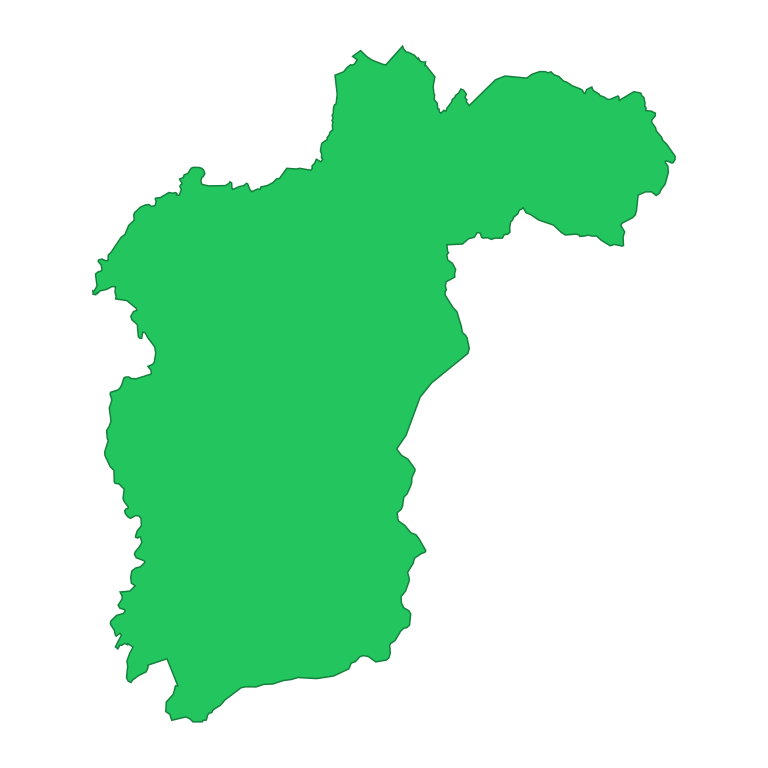 San Diego la Mesa Tochimiltzingo, Puebla, Mexico (Albers equal-area conic projection)
{"feature_id": "50627088B84838795319332", "entity_name": "San Diego la Mesa Tochimiltzingo", "entity_type": "district", "adm_level": 2, "iso_a3": "MEX", "parent_name": "Mexico", "parent_adm1": "Puebla", "projection": "albers", "projection_center": [-98.329, 18.762], "detail": "fine", "context": "isolated", "style": "filled", "palette": "green", "viewbox_px": 768, "rotation_deg": 0, "n_neighbors": 0, "source": "geoboundaries", "source_scale": "gbopen_adm2", "svg_char_len": 6048}
<svg xmlns="http://www.w3.org/2000/svg" viewBox="0 0 768 768"><path d="M98.4,260.1L98.3,261.7L101.2,265.0L102.0,269.7L101.1,271.0L98.2,271.8L95.5,274.0L97.0,286.1L93.9,291.4L92.9,290.8L93.1,294.3L95.8,294.7L96.4,293.0L97.4,293.6L100.0,290.9L106.7,289.4L111.8,286.6L115.5,286.7L115.0,292.3L116.2,296.4L115.6,298.9L126.9,300.6L136.3,308.4L136.8,310.4L133.5,311.6L130.8,316.4L131.9,319.8L137.3,324.6L138.3,336.6L139.9,338.3L141.7,338.4L142.7,332.2L145.2,332.7L147.8,337.7L154.7,346.8L155.7,353.2L154.3,362.2L152.6,364.4L147.9,366.4L151.1,370.3L151.2,374.0L136.0,378.8L131.1,378.5L129.0,377.0L125.7,377.0L123.9,378.0L121.6,385.3L119.5,388.6L117.8,390.0L110.6,392.3L110.1,394.1L111.6,398.7L111.6,401.1L109.3,407.9L111.0,421.2L109.2,426.3L106.6,430.5L107.3,438.8L108.3,440.3L104.7,452.0L105.0,455.6L110.2,466.6L114.0,470.5L114.2,481.7L115.2,483.4L118.8,483.8L124.2,489.2L123.0,498.4L124.3,501.8L128.2,506.7L128.0,508.4L125.6,509.2L124.7,510.8L125.3,513.6L127.9,516.8L130.5,518.4L135.4,515.6L138.8,515.9L141.0,518.5L141.4,525.6L137.1,531.2L135.5,536.3L135.7,537.3L137.8,538.1L139.0,536.9L140.4,536.9L141.8,542.4L139.5,546.7L135.3,551.7L134.4,554.3L136.3,557.8L144.1,560.7L144.9,562.4L140.4,566.8L135.7,568.0L131.9,570.9L130.7,577.2L131.3,583.1L135.2,585.8L129.8,591.1L120.1,592.0L122.2,596.2L122.0,599.1L118.1,605.3L120.0,608.3L124.7,609.6L125.1,611.3L123.1,613.6L116.6,615.4L111.1,620.7L110.4,622.7L110.6,624.6L114.3,630.2L115.5,635.6L116.3,636.1L119.9,633.3L121.4,635.0L115.4,646.9L117.8,648.9L119.9,645.1L121.7,645.3L124.7,643.4L127.6,644.8L127.7,643.7L128.3,643.9L133.1,647.1L129.8,653.1L126.9,661.0L127.7,666.3L126.5,677.7L128.2,681.1L131.0,682.5L132.4,680.2L138.3,675.8L146.3,671.7L148.2,667.1L147.8,665.2L167.0,658.8L177.8,685.8L175.4,685.9L173.4,694.1L166.3,702.0L165.8,711.6L169.9,714.3L171.7,720.3L186.1,716.9L190.1,719.0L193.0,721.9L202.4,721.8L202.8,720.5L206.4,720.0L207.6,715.1L209.0,713.3L211.8,712.6L212.4,710.8L214.1,709.1L220.3,705.4L225.0,699.9L241.0,687.8L245.5,686.8L256.0,686.9L263.7,684.4L272.8,684.0L283.5,680.5L291.3,679.5L298.0,677.5L316.6,678.6L333.6,676.0L348.9,668.8L351.2,663.1L355.3,661.7L359.9,656.7L363.3,655.6L368.3,656.5L375.8,661.9L386.2,660.1L388.8,658.0L390.3,653.3L389.7,645.2L390.6,643.5L395.0,640.6L400.8,631.0L403.8,628.2L406.7,627.7L409.5,625.2L410.7,614.0L409.0,610.9L403.7,607.7L401.5,603.2L401.0,596.7L405.6,591.0L409.1,581.2L409.2,578.2L407.6,572.5L413.2,563.2L414.5,558.2L421.4,553.5L424.9,552.3L425.8,550.7L419.1,538.9L415.9,534.7L410.8,532.7L404.7,525.4L398.8,521.2L398.0,519.5L397.1,512.9L401.2,509.3L402.5,506.2L403.8,497.2L407.1,493.8L410.4,486.5L411.6,483.0L411.9,477.6L415.0,470.8L414.9,469.0L408.0,459.2L401.5,455.4L396.7,448.9L406.1,435.2L420.1,397.2L431.6,382.9L467.9,353.4L469.3,348.5L467.0,337.8L465.5,335.2L462.4,332.5L461.4,326.6L456.9,311.7L453.0,307.5L445.2,295.2L445.0,292.1L446.4,289.9L445.4,286.2L446.1,281.8L454.8,277.1L454.6,273.6L455.7,269.5L452.4,263.3L447.7,259.9L446.8,254.8L448.6,252.7L447.6,251.5L446.9,244.8L462.6,244.0L468.4,238.8L474.3,237.3L477.2,232.6L480.1,233.1L481.7,237.4L482.9,238.1L487.8,237.7L491.3,239.4L495.1,238.1L502.4,238.1L504.3,234.6L507.6,234.3L510.0,232.1L509.7,226.9L510.8,221.6L512.6,220.1L513.6,217.3L517.7,214.0L519.5,209.9L521.6,209.3L523.1,207.6L526.0,212.7L530.5,214.5L538.7,220.0L553.5,225.1L561.2,232.3L565.3,235.0L576.2,234.1L578.8,234.9L580.1,236.5L586.0,235.8L587.6,234.9L591.5,236.0L596.8,236.1L601.4,240.4L610.3,245.8L614.2,244.4L622.3,246.1L623.5,245.4L623.1,236.6L624.7,231.9L620.8,225.5L621.9,223.3L632.6,217.7L635.3,214.8L636.5,210.4L638.1,195.1L645.5,191.9L651.5,191.8L656.2,195.5L659.5,193.2L660.6,190.3L665.2,184.0L668.3,172.5L667.9,166.1L665.5,162.8L665.3,161.3L667.2,161.0L672.0,163.1L673.3,162.5L675.1,159.4L675.1,156.2L666.6,144.1L662.6,140.2L661.6,137.2L656.3,130.9L655.6,127.8L651.6,122.1L651.9,120.0L655.3,115.7L655.4,113.2L651.1,111.1L645.9,110.7L646.0,107.6L644.6,106.0L645.1,103.7L643.9,97.5L642.0,96.0L640.8,93.1L633.9,91.7L619.2,100.4L618.8,96.7L617.9,96.0L610.2,99.3L607.7,99.4L603.5,96.7L600.1,95.7L599.2,94.2L593.1,90.4L591.8,87.0L586.7,89.5L585.1,93.4L584.2,93.5L582.2,90.1L580.5,89.0L572.3,85.8L567.0,82.3L563.4,81.0L559.0,76.6L553.8,74.6L551.0,71.8L548.2,72.8L545.0,71.6L539.7,71.6L532.1,74.2L526.7,78.1L505.0,76.0L495.5,79.8L469.2,105.6L466.2,101.5L467.0,99.9L464.9,97.8L466.4,94.2L463.5,90.1L460.9,89.0L458.6,93.2L455.7,95.2L454.7,97.5L452.3,99.4L451.5,102.2L446.8,108.4L446.2,110.8L445.6,111.3L444.0,110.3L440.8,113.2L439.1,111.5L439.1,109.1L437.7,108.7L437.3,103.3L434.2,99.6L434.6,94.5L433.9,93.5L433.1,86.4L434.9,76.9L425.7,65.3L425.0,65.5L425.5,61.8L424.3,62.3L420.5,61.5L418.7,58.5L418.4,58.1L417.9,59.2L414.5,55.3L408.4,52.3L406.2,52.0L403.5,48.8L402.6,46.1L385.9,64.8L383.0,64.4L372.0,60.1L366.8,56.6L360.6,50.6L352.6,56.4L357.2,59.7L354.6,64.0L352.0,65.2L350.7,64.7L347.1,67.5L343.6,71.8L335.0,75.2L337.2,94.3L336.1,103.7L334.4,105.0L333.5,107.8L333.2,113.9L332.1,115.2L333.1,118.1L332.0,120.5L333.0,122.1L332.3,125.1L332.7,129.9L330.1,132.0L329.2,134.9L327.2,137.5L327.2,139.5L322.2,142.9L321.5,144.3L320.4,151.0L321.7,154.1L321.4,157.8L322.8,159.3L320.8,161.8L316.4,159.2L314.7,163.1L312.0,165.9L312.3,168.6L310.6,170.2L299.6,168.3L296.3,169.0L286.8,168.3L279.5,178.4L276.4,179.0L273.0,182.6L267.5,185.5L260.8,187.0L260.2,189.4L257.6,189.0L251.9,191.6L250.0,189.9L247.5,183.6L246.3,183.4L243.4,185.9L240.1,186.3L232.8,189.4L232.0,188.3L231.6,182.9L229.9,181.8L229.0,183.4L225.4,185.6L208.7,185.9L203.2,184.7L201.5,183.9L200.9,180.3L201.8,177.5L203.4,176.4L204.8,173.5L203.6,170.1L202.1,168.5L199.2,167.5L193.6,167.3L191.2,168.2L187.7,173.6L184.2,174.8L183.2,177.6L179.5,179.1L182.2,183.8L180.5,184.9L179.9,186.6L181.3,189.4L179.3,195.2L176.5,195.0L176.9,193.5L175.7,192.6L172.6,193.2L168.8,192.5L160.3,197.7L155.9,198.0L155.2,198.9L156.2,201.5L155.0,205.7L151.3,206.4L148.9,204.5L145.2,205.0L140.5,207.1L134.5,212.8L133.8,214.9L134.2,220.2L128.7,225.4L125.0,234.4L121.1,237.3L110.8,252.7L108.3,254.9L108.0,260.4L105.7,260.8L102.0,259.0L98.4,260.1Z" fill="#22c55e" stroke="#15803d" stroke-width="1.5"/></svg>